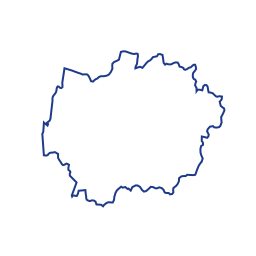 Dungun, Terengganu, Malaysia, rotated 205°
{"feature_id": "92858781B15989569853600", "entity_name": "Dungun", "entity_type": "district", "adm_level": 2, "iso_a3": "MYS", "parent_name": "Malaysia", "parent_adm1": "Terengganu", "projection": "natural_earth1", "projection_center": [103.127, 4.682], "detail": "fine", "context": "isolated", "style": "outline", "palette": "blue", "viewbox_px": 256, "rotation_deg": 205, "n_neighbors": 0, "source": "geoboundaries", "source_scale": "gbopen_adm2", "svg_char_len": 3331}
<svg xmlns="http://www.w3.org/2000/svg" viewBox="0 0 256 256"><g transform="rotate(205 128 128)"><path d="M47.0,128.1L47.4,131.9L49.4,133.7L50.4,134.6L51.9,136.4L53.5,139.6L54.1,142.5L52.9,144.5L54.0,146.5L55.7,147.4L57.5,151.5L54.9,152.1L52.1,152.6L51.6,154.4L52.1,156.2L55.0,158.5L55.2,160.7L54.3,163.8L51.8,165.6L50.2,165.0L47.7,165.9L45.7,167.4L45.2,169.2L45.5,172.6L46.9,174.9L48.2,177.3L48.0,180.2L48.0,184.5L49.1,186.3L51.3,186.7L53.2,187.2L54.9,189.2L56.0,190.6L55.2,193.5L56.1,196.2L58.5,195.5L60.4,194.0L61.9,193.9L63.9,194.6L66.0,195.3L68.5,194.9L70.0,194.4L71.7,196.7L73.3,199.1L75.0,200.0L76.4,199.6L77.4,197.8L77.0,195.8L76.6,193.5L78.9,193.1L81.0,192.2L81.4,190.3L82.7,193.1L85.3,195.1L85.8,197.3L85.8,198.9L87.5,200.2L89.2,200.3L90.5,201.2L91.7,203.4L92.2,205.6L91.6,207.6L91.2,210.3L92.5,212.2L93.9,213.7L95.1,213.1L95.3,213.0L96.9,209.4L98.3,208.3L99.4,206.3L100.8,204.9L102.2,204.9L103.3,205.9L105.5,205.8L107.2,205.4L108.9,207.2L110.6,208.3L112.5,207.6L114.0,206.3L115.9,203.8L118.7,202.7L120.4,202.5L121.2,201.1L123.2,202.1L125.6,205.8L127.6,208.8L130.3,208.5L131.8,207.6L132.1,205.2L133.7,204.0L135.4,202.7L135.9,200.2L136.7,198.5L137.9,196.9L138.8,194.6L139.6,191.3L140.4,188.6L142.9,188.6L144.9,186.8L146.5,185.2L147.0,186.5L147.0,189.9L147.9,192.8L148.7,194.8L149.3,197.3L150.6,199.3L152.1,198.9L153.4,197.8L155.5,197.1L159.0,196.7L162.4,196.4L164.4,195.7L166.6,194.0L166.3,192.4L165.7,189.2L165.1,186.1L166.8,183.8L168.5,182.0L169.3,179.6L168.5,177.6L167.2,175.1L167.2,171.5L168.0,168.1L169.6,166.3L171.5,164.9L174.3,163.6L176.0,161.8L176.5,160.2L178.3,158.0L179.3,155.3L181.3,154.8L183.2,156.6L185.5,158.4L187.4,159.3L189.9,158.4L191.7,157.3L193.8,157.3L196.7,156.9L203.1,156.4L210.8,155.3L206.7,141.3L205.3,138.7L204.7,137.3L205.3,136.0L206.5,135.7L207.6,136.0L208.3,136.3L209.2,136.0L209.5,135.1L209.4,134.1L209.1,132.8L208.6,131.5L208.4,129.5L208.8,127.4L209.2,126.2L209.3,124.4L209.0,123.0L208.5,121.9L207.8,120.4L202.2,103.6L202.1,101.7L202.9,99.9L203.6,98.6L202.1,97.8L202.0,96.2L204.2,96.8L204.8,96.8L206.5,97.4L203.4,89.3L203.1,87.7L203.2,86.5L192.7,67.7L190.3,68.5L189.3,69.6L189.1,70.8L188.5,72.1L187.7,72.9L186.5,73.6L185.6,74.0L184.5,75.0L183.5,75.3L181.9,75.0L180.5,75.0L179.9,73.9L179.1,72.0L178.5,71.2L176.9,70.0L175.6,69.3L174.3,68.4L172.4,67.2L171.2,66.9L170.2,67.7L168.9,69.6L167.9,69.9L165.9,69.7L165.5,67.8L165.0,66.1L164.2,64.8L162.6,64.5L161.6,63.7L161.4,61.8L160.5,60.2L151.6,56.9L150.4,43.0L149.7,42.3L149.5,43.6L147.4,44.2L145.7,44.7L145.6,47.2L146.2,50.3L140.4,53.7L138.4,50.3L137.1,48.5L136.2,46.7L135.1,45.6L133.7,45.4L131.7,45.6L130.1,47.2L128.5,47.8L126.4,47.6L124.3,45.4L123.2,45.8L119.8,47.1L117.5,46.5L117.2,48.1L115.9,50.8L114.3,52.5L112.3,53.2L110.3,54.1L110.3,57.0L111.2,59.5L111.9,64.0L111.7,66.7L110.9,68.8L109.4,71.9L107.6,71.7L105.6,73.3L102.6,72.6L102.0,73.3L99.1,72.4L99.1,73.9L99.1,76.2L96.7,79.3L94.7,80.0L92.0,79.6L89.2,77.8L86.7,77.1L85.0,78.4L83.6,81.4L82.5,84.3L80.0,85.1L78.0,84.9L76.4,85.4L74.6,87.4L72.1,87.8L69.7,87.0L67.5,85.1L66.1,85.2L63.5,86.3L61.9,85.6L60.0,86.9L59.7,89.0L60.7,90.5L61.5,92.6L60.7,94.4L59.9,95.9L59.3,98.6L59.4,101.3L60.5,104.1L59.1,106.8L57.4,107.9L55.4,108.8L54.6,110.6L51.8,111.7L48.7,113.0L47.3,114.0L47.4,115.9L47.7,118.7L47.9,122.0L47.9,124.1L47.3,127.9L47.0,128.1Z" fill="none" stroke="#1e3a8a" stroke-width="2"/></g></svg>